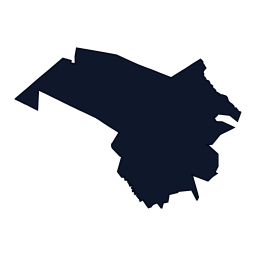 outline of Bubi, Matabeleland North, Zimbabwe
{"feature_id": "62879985B291328644758", "entity_name": "Bubi", "entity_type": "district", "adm_level": 2, "iso_a3": "ZWE", "parent_name": "Zimbabwe", "parent_adm1": "Matabeleland North", "projection": "orthographic", "projection_center": [28.902, -19.567], "detail": "fine", "context": "isolated", "style": "filled", "palette": "ink", "viewbox_px": 256, "rotation_deg": 0, "n_neighbors": 0, "source": "geoboundaries", "source_scale": "gbopen_adm2", "svg_char_len": 3941}
<svg xmlns="http://www.w3.org/2000/svg" viewBox="0 0 256 256"><path d="M101.8,52.5L85.5,49.7L76.7,48.2L75.3,56.2L75.4,61.2L75.3,64.0L70.6,63.1L70.9,61.3L71.0,60.7L62.9,58.4L52.2,67.5L49.9,69.5L49.1,70.3L49.1,70.2L41.4,76.6L37.4,80.0L32.1,84.6L25.6,90.3L25.4,90.4L15.4,98.9L15.4,99.0L20.1,101.2L25.4,103.9L25.9,103.9L34.1,108.2L37.4,109.8L38.2,92.8L38.3,89.7L46.7,93.6L50.8,95.7L60.3,100.3L62.4,101.4L66.7,103.5L69.3,104.7L69.3,104.8L76.1,108.0L80.1,110.0L83.3,111.4L89.2,114.2L95.7,117.3L95.8,117.3L99.5,119.6L103.8,122.6L112.7,128.3L119.3,132.4L116.6,136.7L113.0,142.7L111.8,144.2L111.8,146.4L112.3,147.6L113.0,148.6L119.5,155.3L119.1,155.3L121.9,156.8L117.7,171.7L121.7,177.0L124.5,177.2L124.8,177.2L125.0,179.8L125.5,179.8L125.6,180.0L125.8,180.1L126.0,180.2L126.7,179.8L128.4,181.1L128.5,181.1L127.9,182.0L129.2,183.7L129.3,183.7L129.3,183.8L130.0,183.6L130.1,184.2L130.2,184.3L130.2,184.5L129.5,184.8L129.9,186.0L130.0,186.0L130.5,185.4L132.0,185.8L132.3,186.4L132.3,186.5L132.2,187.4L131.6,188.0L132.5,189.0L133.5,188.9L133.6,189.7L134.2,189.6L134.0,190.0L133.3,190.3L132.5,190.8L132.6,191.4L134.1,191.2L134.2,191.9L134.7,192.1L134.8,192.1L135.0,193.2L134.6,193.9L135.1,194.3L136.5,193.7L137.9,194.0L138.0,194.3L137.3,194.5L137.1,195.7L136.8,195.8L138.6,198.1L139.2,197.9L140.2,201.1L142.9,199.7L148.4,207.6L150.9,206.8L151.8,205.6L152.8,204.5L155.2,203.4L156.8,202.9L157.3,202.7L159.4,205.4L161.2,207.8L161.6,207.8L161.8,207.8L163.1,202.8L167.7,201.9L168.9,194.4L177.6,192.3L177.4,191.3L191.7,189.8L196.9,199.9L197.0,199.9L197.2,199.7L197.3,199.6L197.4,199.4L197.4,199.2L197.6,198.8L197.6,198.7L197.8,198.2L198.0,197.8L198.1,197.5L198.3,197.3L197.1,192.6L194.3,182.8L192.1,174.9L199.5,177.6L199.9,177.7L200.0,177.8L207.4,180.6L208.0,180.8L212.4,176.5L216.9,173.5L214.8,172.3L217.8,166.4L217.8,154.2L207.2,144.6L212.0,144.1L220.1,134.3L233.9,127.5L222.1,122.0L216.4,121.9L214.5,119.1L214.2,117.4L215.7,116.8L216.0,115.8L216.7,115.7L217.1,115.2L217.8,114.1L218.6,113.8L229.9,115.1L237.4,121.1L240.6,112.3L240.3,112.0L239.4,111.9L238.6,111.5L238.4,111.4L238.1,111.2L237.9,111.0L237.8,110.5L237.7,110.1L237.4,109.9L237.1,109.6L236.7,109.1L236.3,108.3L236.0,108.1L235.8,108.1L235.2,108.4L234.9,108.5L234.9,108.4L234.5,108.3L234.1,107.9L233.9,107.5L233.7,106.6L233.8,106.6L233.6,106.0L233.3,105.6L232.8,105.2L232.5,105.0L232.1,104.4L231.6,104.0L231.0,103.7L230.4,103.4L229.0,102.0L228.4,101.3L228.0,100.6L227.8,100.0L227.7,99.3L227.4,98.8L227.3,98.6L227.2,98.6L227.2,98.3L227.2,98.2L227.2,97.9L227.1,97.6L227.0,97.4L226.9,97.3L226.8,97.2L226.7,97.1L226.5,96.8L226.3,96.6L226.2,96.5L226.0,96.4L225.9,96.3L225.8,96.2L225.1,95.9L224.8,95.8L224.6,95.8L224.1,95.7L223.2,95.3L223.0,95.2L222.9,95.2L222.7,95.1L222.4,95.0L222.2,95.0L221.9,95.0L221.7,95.1L221.1,95.1L220.9,95.1L220.4,94.8L219.9,94.3L219.1,93.8L219.0,93.7L218.9,93.6L218.2,93.2L217.5,92.8L217.4,92.7L217.2,92.7L216.1,92.2L215.9,92.1L215.6,90.9L215.2,90.1L215.0,89.9L214.9,89.7L214.7,89.5L214.5,89.3L213.8,88.8L213.7,88.7L212.9,88.1L212.7,88.1L212.4,87.5L212.4,87.4L212.4,86.8L212.4,86.7L212.5,86.0L212.2,85.6L210.9,85.0L210.8,84.9L210.7,84.9L210.5,84.7L210.3,84.6L210.2,84.5L210.1,84.4L210.0,84.2L209.9,84.0L209.8,83.9L209.8,83.7L209.7,83.3L209.4,82.3L209.3,82.2L208.9,81.5L208.9,81.4L208.7,81.3L208.7,81.2L208.3,80.9L207.3,80.6L206.7,80.5L206.1,80.6L205.9,80.5L205.8,80.3L205.9,79.7L205.8,79.2L205.0,77.7L204.9,77.6L203.9,76.9L203.8,76.7L203.5,75.9L203.4,75.9L203.4,74.7L203.6,74.0L203.6,73.9L203.3,73.2L203.2,73.1L202.9,72.7L203.3,71.0L204.5,69.3L205.5,68.4L205.7,68.0L205.6,67.6L205.0,67.0L203.7,64.6L203.5,64.4L203.1,64.1L202.9,63.8L202.8,63.6L202.7,62.8L202.7,62.7L202.6,62.1L202.7,61.6L200.5,59.4L200.1,59.7L192.8,64.2L188.4,67.1L185.1,69.3L183.3,70.3L183.2,70.4L171.2,77.9L165.4,75.6L156.9,72.3L156.9,72.2L148.7,69.0L148.4,69.0L142.1,66.6L138.8,65.3L133.3,62.9L125.4,59.3L120.2,56.9L116.5,55.2L112.7,54.5L101.8,52.5Z" fill="#0f172a" stroke="#020617" stroke-width="1.5"/></svg>